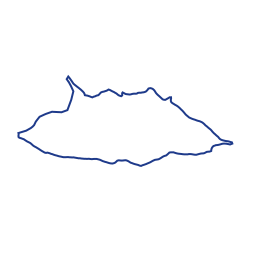 outline of Hadibu, Hadramawt, Yemen, rotated 14°
{"feature_id": "15242507B399982580631", "entity_name": "Hadibu", "entity_type": "district", "adm_level": 2, "iso_a3": "YEM", "parent_name": "Yemen", "parent_adm1": "Hadramawt", "projection": "albers", "projection_center": [54.052, 12.499], "detail": "fine", "context": "isolated", "style": "outline", "palette": "blue", "viewbox_px": 256, "rotation_deg": 14, "n_neighbors": 0, "source": "geoboundaries", "source_scale": "gbopen_adm2", "svg_char_len": 4210}
<svg xmlns="http://www.w3.org/2000/svg" viewBox="0 0 256 256"><g transform="rotate(14 128 128)"><path d="M22.9,159.4L23.1,159.7L23.5,161.0L23.6,162.2L23.6,162.3L24.2,163.5L24.8,163.6L25.3,163.7L25.5,163.8L26.8,163.8L28.2,164.0L29.6,164.1L30.9,164.6L32.3,165.1L33.5,165.5L35.0,165.8L36.3,166.1L36.7,166.2L37.4,166.5L37.8,166.7L39.1,167.4L40.2,168.0L41.6,168.5L43.3,168.9L44.9,169.4L46.8,170.0L48.4,170.6L50.2,171.2L51.7,171.6L53.0,172.0L54.5,172.0L55.7,171.4L57.0,171.4L58.4,171.5L59.7,171.7L61.0,171.7L62.4,171.9L63.8,172.0L65.8,172.0L67.3,172.1L68.6,172.1L70.0,172.0L71.4,172.0L72.6,171.9L73.9,171.6L75.6,171.1L76.9,170.7L78.2,170.6L79.5,170.3L80.9,170.1L82.1,169.7L83.6,169.6L84.9,169.5L86.3,169.4L87.6,169.3L88.8,169.0L90.2,168.9L91.4,168.7L92.8,168.5L94.6,168.1L96.0,167.8L97.6,167.3L98.9,167.2L100.4,167.0L102.0,166.4L103.8,165.9L105.1,165.6L106.7,165.6L108.2,165.6L110.0,165.9L111.3,166.2L112.7,166.3L113.9,166.4L115.4,166.4L116.6,166.5L118.4,166.6L120.1,166.5L121.6,166.2L122.9,165.5L123.9,164.7L124.0,164.6L124.8,163.4L125.5,162.3L126.8,161.6L128.2,161.4L129.5,161.2L130.9,160.8L132.1,160.3L133.7,159.8L135.2,159.9L136.6,160.2L137.8,160.6L138.9,161.0L140.5,161.1L141.9,161.3L143.5,161.4L145.1,161.4L146.7,161.4L148.6,161.7L149.9,161.6L151.0,160.7L152.6,159.7L154.3,158.6L155.3,157.8L156.4,157.0L157.6,156.1L158.8,155.0L159.8,154.0L160.8,153.2L161.8,152.4L163.0,151.9L164.2,151.4L165.3,150.9L166.3,150.0L167.4,148.9L168.3,147.9L169.2,147.0L170.3,146.2L171.7,145.4L172.5,144.3L173.3,143.1L174.1,141.8L175.3,141.3L176.5,141.0L177.9,140.6L179.2,140.7L180.7,140.8L182.0,140.8L183.4,140.7L184.7,140.5L186.2,140.3L188.1,140.1L189.5,139.8L190.8,139.5L192.3,139.1L193.5,138.5L194.7,138.2L196.2,138.0L197.6,137.9L199.0,137.8L200.6,137.5L201.7,136.9L203.1,136.1L204.4,135.4L205.5,134.9L207.0,134.5L208.2,133.9L209.2,133.0L210.2,132.1L211.5,131.6L212.8,131.2L214.2,130.3L214.3,130.2L214.1,129.0L214.1,127.6L214.5,126.2L215.3,124.8L216.3,124.2L217.4,123.4L218.6,123.0L219.8,122.5L221.3,121.7L222.6,120.9L223.1,120.6L224.0,120.2L225.3,119.8L226.4,119.6L226.8,119.5L228.3,119.4L229.8,119.3L231.0,119.3L233.0,117.9L232.3,116.8L231.3,116.8L230.8,116.8L229.5,116.7L228.1,116.7L226.8,116.9L225.5,117.0L224.3,117.0L224.0,117.0L222.9,117.0L221.4,116.9L219.8,116.4L218.7,115.7L217.6,114.8L216.5,114.3L215.1,113.6L213.9,112.9L212.8,112.4L211.7,111.7L210.6,111.0L209.6,110.2L208.5,109.5L206.7,108.7L205.1,107.9L203.8,107.2L202.5,106.7L201.5,106.0L200.2,105.3L198.9,104.7L197.7,104.4L195.9,104.1L194.1,104.1L192.6,104.0L191.3,103.8L189.6,103.7L188.2,103.6L187.0,103.4L185.8,103.2L184.5,102.9L183.4,102.3L181.9,101.6L180.6,100.9L179.4,100.0L178.3,99.2L177.3,98.5L176.2,97.8L174.9,97.1L173.8,96.4L172.7,95.8L171.3,95.1L169.7,94.5L168.4,94.2L166.9,93.7L165.0,93.1L163.8,92.5L163.1,91.5L162.7,90.3L162.7,89.1L162.3,87.8L161.0,88.2L160.9,88.2L160.1,89.1L159.1,90.0L158.3,90.8L158.2,90.9L157.3,91.7L155.9,91.9L154.7,91.8L153.9,91.4L153.6,91.2L152.5,90.6L150.5,89.5L149.1,88.8L147.9,88.1L146.6,87.2L145.6,86.2L144.4,85.1L142.8,84.2L141.5,83.9L140.1,83.9L139.8,84.0L138.4,84.7L138.3,84.8L137.9,85.9L137.3,87.1L136.6,88.2L135.6,89.0L134.5,89.6L133.1,90.1L131.9,90.7L130.5,91.0L129.2,91.5L128.3,92.4L128.2,92.5L126.7,93.0L125.6,93.2L123.9,93.9L122.9,94.5L122.1,94.9L121.2,95.2L119.9,95.3L118.7,95.5L117.4,95.6L115.5,95.1L114.2,94.8L114.1,95.1L113.9,95.6L114.5,97.8L113.7,98.8L112.3,98.7L110.9,98.5L109.8,98.0L108.4,97.3L107.1,97.0L106.9,96.9L105.6,96.5L103.9,96.2L102.9,95.9L102.7,95.9L101.3,95.5L99.8,95.4L99.7,95.5L98.9,96.4L97.9,97.2L96.9,97.8L95.8,98.5L94.3,99.2L93.2,100.0L92.5,101.2L91.9,102.4L91.2,103.4L90.1,103.9L89.1,104.6L88.3,105.3L87.0,106.0L86.0,106.9L84.6,106.8L83.4,106.6L80.9,106.4L79.6,106.5L78.2,106.6L77.5,105.4L77.4,105.2L76.6,104.4L75.3,103.5L74.2,102.9L73.0,102.2L71.9,101.7L70.2,100.9L69.0,100.4L67.7,99.8L66.6,99.3L65.7,98.9L65.3,98.7L64.2,98.1L63.0,97.0L61.7,95.8L60.6,94.9L60.3,94.6L59.2,93.7L58.3,93.0L57.6,92.5L57.4,93.2L56.7,95.4L59.2,97.6L59.3,97.6L62.6,101.2L66.1,105.6L66.1,112.8L66.1,114.4L64.9,125.3L59.7,128.8L50.6,130.6L50.4,130.6L45.2,134.0L43.6,135.2L39.5,138.5L38.8,140.0L37.0,144.1L36.2,147.9L35.1,149.8L33.7,151.6L29.9,155.2L22.9,159.4Z" fill="none" stroke="#1e3a8a" stroke-width="2"/></g></svg>